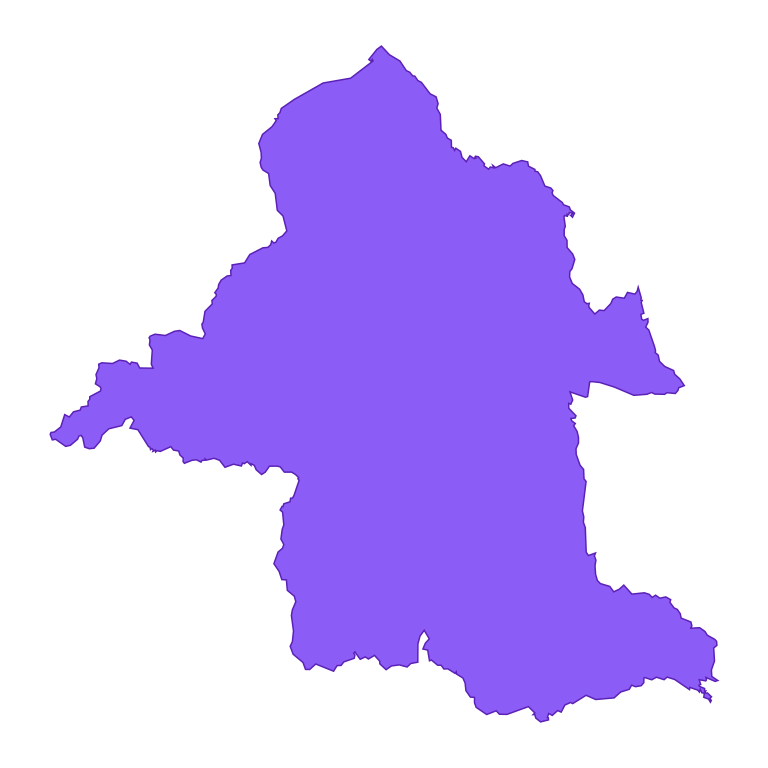 Targu Lapus, Maramures, Romania (Albers equal-area conic projection)
{"feature_id": "2599482B38967406651067", "entity_name": "Targu Lapus", "entity_type": "district", "adm_level": 2, "iso_a3": "ROU", "parent_name": "Romania", "parent_adm1": "Maramures", "projection": "albers", "projection_center": [23.875, 47.456], "detail": "fine", "context": "isolated", "style": "filled", "palette": "violet", "viewbox_px": 768, "rotation_deg": 0, "n_neighbors": 0, "source": "geoboundaries", "source_scale": "gbopen_adm2", "svg_char_len": 6084}
<svg xmlns="http://www.w3.org/2000/svg" viewBox="0 0 768 768"><path d="M711.8,676.5L711.4,670.0L714.5,661.0L713.7,648.0L716.9,645.4L716.6,641.4L714.8,639.4L707.3,635.2L704.9,631.4L699.6,627.7L690.8,628.2L691.9,625.7L690.9,622.0L681.1,618.1L680.3,613.8L677.3,609.4L674.0,607.9L669.9,602.3L670.7,599.7L665.8,596.9L659.9,598.2L655.6,595.2L652.2,597.4L649.2,594.3L644.4,592.8L631.9,594.1L623.8,585.1L619.3,589.2L613.7,591.8L609.8,586.4L600.4,583.6L597.4,580.5L595.6,574.4L595.0,565.9L595.9,560.1L594.4,555.9L595.5,553.0L588.4,555.5L586.2,552.2L585.3,527.6L583.4,522.3L583.8,516.9L582.4,510.9L586.1,481.5L584.0,478.8L583.6,469.4L580.1,465.3L576.2,454.4L576.0,448.7L578.5,443.0L578.5,437.4L577.1,431.4L573.7,425.8L575.3,423.5L571.8,420.9L570.9,418.5L575.1,418.0L576.0,415.8L568.8,408.3L568.7,403.4L570.8,404.2L572.7,400.0L570.0,391.9L585.5,397.2L587.6,396.6L589.7,381.9L591.7,381.6L599.9,382.5L614.2,387.0L633.8,395.3L646.9,394.3L651.5,392.5L654.9,394.1L664.7,394.3L666.9,392.7L675.3,393.5L678.0,390.4L678.7,387.8L684.3,385.6L679.9,379.0L674.7,374.3L673.6,370.5L664.8,366.5L659.5,361.3L658.2,355.1L655.1,352.5L655.6,350.9L654.5,346.5L648.8,330.0L645.7,327.1L648.0,322.3L647.9,318.6L643.5,320.3L641.7,319.2L640.9,314.4L643.9,313.2L641.2,302.5L642.2,300.4L640.9,300.1L641.2,297.6L638.2,287.2L637.1,291.4L634.8,294.1L627.5,292.4L624.3,298.2L616.2,297.0L612.7,299.2L610.8,303.6L604.1,310.6L599.4,310.1L594.8,314.0L589.4,307.8L588.7,305.9L589.3,303.3L587.0,303.7L584.3,301.8L582.9,294.9L579.6,289.2L572.3,283.5L569.6,277.0L569.8,271.6L572.0,268.7L574.8,259.5L572.7,254.1L567.1,247.5L567.0,240.3L564.2,235.7L564.2,229.3L565.3,226.4L564.0,217.2L564.5,215.6L567.3,216.2L567.1,214.3L568.7,214.8L569.3,212.5L572.8,213.3L570.7,215.4L572.5,217.2L574.5,213.1L570.4,209.9L569.3,206.9L563.5,204.8L562.4,202.6L553.2,195.5L552.1,193.0L552.9,190.5L550.8,188.0L544.9,186.1L540.5,175.6L537.7,171.8L535.0,171.2L534.9,169.4L528.5,166.2L527.7,161.9L521.7,160.5L512.9,163.4L510.1,166.1L503.3,163.9L495.7,167.7L492.9,165.5L493.8,167.8L490.3,167.0L488.7,169.2L483.9,165.8L484.5,163.9L478.4,156.8L475.5,156.2L474.9,157.2L475.9,158.1L474.1,158.6L469.9,155.8L466.2,161.7L462.0,157.3L460.5,151.4L455.8,148.2L454.6,150.4L453.3,147.8L451.5,147.2L451.3,140.3L447.3,138.0L445.9,134.4L441.0,130.2L440.3,114.4L436.8,108.1L438.1,103.7L436.1,96.9L430.1,93.8L421.4,82.4L417.8,80.5L414.8,76.1L412.7,75.9L409.7,72.2L406.3,70.6L399.9,61.0L389.5,54.8L381.4,46.1L376.9,49.4L368.8,59.5L370.7,61.0L372.4,59.4L373.0,61.0L350.6,78.2L323.1,83.0L294.3,99.4L281.3,108.4L279.9,112.7L277.8,114.9L278.1,118.6L275.0,118.7L276.2,120.7L272.0,126.7L262.5,134.4L258.8,143.5L261.1,152.3L261.4,158.3L260.1,162.4L261.2,167.3L262.9,170.0L268.6,173.5L270.2,185.6L275.2,193.3L277.3,210.3L283.0,216.0L286.8,230.9L282.5,235.9L278.1,238.3L275.9,242.2L273.8,243.0L271.7,241.0L270.7,244.7L267.8,247.4L262.9,247.8L249.8,254.5L244.6,262.9L232.1,264.9L232.2,268.4L230.7,270.3L231.0,275.5L227.1,276.0L221.2,280.1L218.7,284.4L218.1,288.1L214.8,292.7L216.3,294.3L216.1,296.3L211.9,300.5L212.3,303.9L205.0,311.3L203.2,322.3L201.9,324.1L202.5,328.1L205.3,333.9L202.7,338.6L190.7,336.0L179.8,330.5L174.4,331.3L165.4,335.5L155.0,334.2L150.3,336.1L149.1,337.7L150.0,339.9L149.4,345.0L152.3,350.1L151.3,364.2L153.1,368.2L139.7,368.0L137.1,363.1L131.4,362.1L130.1,364.4L126.1,361.2L119.5,360.1L112.5,363.5L101.8,362.8L98.7,364.2L99.0,367.7L96.0,374.6L96.8,378.7L95.4,383.8L100.1,386.8L101.0,388.3L100.5,391.0L89.8,396.7L89.7,399.4L88.0,401.4L88.1,405.9L81.3,407.0L80.2,410.1L73.5,411.8L69.3,417.0L64.7,414.6L60.8,426.9L54.4,432.0L51.0,432.5L50.2,434.3L52.3,439.9L55.7,439.3L65.7,446.4L70.4,445.3L77.6,439.2L78.9,436.1L81.2,435.4L82.8,437.9L84.7,447.1L89.2,448.7L94.1,448.2L100.3,440.9L102.0,435.2L108.8,428.8L121.8,425.6L125.3,419.3L131.3,416.9L134.1,420.4L130.0,428.1L137.9,429.7L148.5,446.6L150.0,447.2L150.5,449.6L151.9,448.6L153.3,449.9L152.9,451.3L155.3,450.2L155.6,452.0L157.1,450.7L160.3,451.4L170.8,446.7L173.5,450.1L178.7,451.0L179.9,455.0L183.2,458.0L183.1,461.6L184.4,463.3L192.0,460.3L196.4,459.8L201.0,462.1L202.0,460.4L205.3,460.2L205.2,458.9L206.5,460.1L214.0,458.3L219.6,460.3L225.0,467.3L233.5,464.2L241.4,466.0L242.5,463.0L244.2,463.7L247.3,461.7L251.0,465.3L251.1,463.7L254.3,465.4L256.2,469.8L261.6,474.5L265.3,472.1L269.4,466.2L277.2,466.1L280.3,466.9L284.3,472.1L291.6,472.1L295.5,474.5L298.7,477.7L297.9,478.8L299.1,480.4L294.0,495.4L292.5,498.1L290.6,498.2L290.0,501.8L283.8,503.8L283.0,506.6L282.1,506.4L280.1,510.0L282.6,512.2L283.8,524.9L282.2,529.4L280.9,539.1L283.8,544.4L282.5,548.3L278.1,552.0L273.9,563.7L279.1,571.4L281.8,579.6L286.4,579.9L287.3,590.3L294.3,596.2L295.8,601.7L292.4,609.7L291.4,615.4L293.5,631.0L292.4,641.6L290.2,646.3L293.1,654.2L303.0,662.5L305.5,669.4L309.7,669.5L315.7,664.0L333.6,671.2L337.1,665.6L341.1,665.4L343.8,661.9L354.2,658.3L354.9,655.2L353.7,653.2L354.9,651.9L360.2,659.3L365.3,656.9L368.4,659.0L374.5,655.4L379.6,661.0L379.9,663.9L386.1,669.7L391.5,665.9L399.4,664.9L407.1,667.0L410.8,663.5L417.8,662.2L417.9,644.0L420.0,636.1L424.2,630.3L429.3,638.8L425.4,643.1L422.9,649.0L427.7,650.1L429.5,660.8L431.4,660.0L437.6,665.2L441.2,665.3L443.9,669.0L447.8,668.8L455.1,673.4L456.2,671.8L456.6,674.1L462.9,678.0L465.1,683.0L465.9,690.6L470.4,697.1L474.5,697.4L474.5,702.8L476.2,707.4L486.7,714.5L496.3,710.8L499.3,714.2L507.0,714.4L528.4,706.6L534.8,712.9L533.2,714.6L534.7,714.5L535.8,718.1L540.6,721.9L548.5,719.9L548.4,717.8L547.4,717.4L548.7,713.5L552.3,715.4L557.6,710.6L561.2,712.1L564.9,705.0L570.6,702.5L572.7,703.6L586.1,695.3L595.7,699.5L614.1,697.9L620.7,692.0L629.3,689.3L631.6,685.2L635.5,686.7L641.2,685.7L643.8,682.7L643.9,678.0L644.9,677.6L651.8,679.8L656.5,677.2L664.1,679.7L667.1,677.1L674.7,679.5L689.5,689.6L689.8,687.4L697.7,690.1L699.3,692.0L700.2,689.3L701.7,692.7L704.3,693.3L703.8,697.3L708.6,699.1L710.4,702.2L711.3,700.5L709.9,698.4L711.5,696.8L707.5,693.0L704.8,693.2L705.7,691.0L704.6,691.3L704.6,688.5L699.3,686.3L699.0,685.2L700.7,684.5L699.2,679.7L705.7,680.9L706.5,679.8L705.9,677.4L715.1,681.4L717.8,680.5L711.8,676.5Z" fill="#8b5cf6" stroke="#5b21b6" stroke-width="1.5"/></svg>